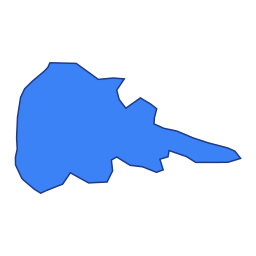 the district of Koshkupir, Khorezm, Uzbekistan
{"feature_id": "79887680B63967245583955", "entity_name": "Koshkupir", "entity_type": "district", "adm_level": 2, "iso_a3": "UZB", "parent_name": "Uzbekistan", "parent_adm1": "Khorezm", "projection": "equal_earth", "projection_center": [60.29, 41.488], "detail": "fine", "context": "isolated", "style": "filled", "palette": "blue", "viewbox_px": 256, "rotation_deg": 0, "n_neighbors": 0, "source": "geoboundaries", "source_scale": "gbopen_adm2", "svg_char_len": 767}
<svg xmlns="http://www.w3.org/2000/svg" viewBox="0 0 256 256"><path d="M240.6,158.4L234.8,151.1L227.8,148.0L207.7,142.7L193.1,137.9L177.0,131.1L163.8,128.3L154.0,123.9L154.4,117.8L156.7,108.8L151.0,104.3L140.4,97.9L125.8,108.2L119.2,99.6L116.7,90.1L124.3,78.9L113.3,78.0L98.3,79.4L76.2,63.4L56.3,62.9L49.9,62.8L47.9,67.3L44.8,70.7L32.0,81.5L24.7,88.7L20.6,97.3L17.5,117.1L16.6,137.8L17.2,149.0L15.4,157.4L15.5,164.8L21.7,178.1L23.5,180.1L34.3,189.2L40.7,193.2L45.3,191.0L56.7,186.4L62.7,184.1L70.3,172.8L88.6,182.9L107.1,182.0L112.6,170.8L111.4,160.0L116.7,157.0L130.1,165.3L142.5,166.8L156.5,172.3L163.2,169.9L159.9,159.2L168.0,156.8L169.1,150.6L186.5,156.6L195.7,162.4L211.4,162.4L227.8,162.3L240.6,158.4Z" fill="#3b82f6" stroke="#1e3a8a" stroke-width="1.5"/></svg>